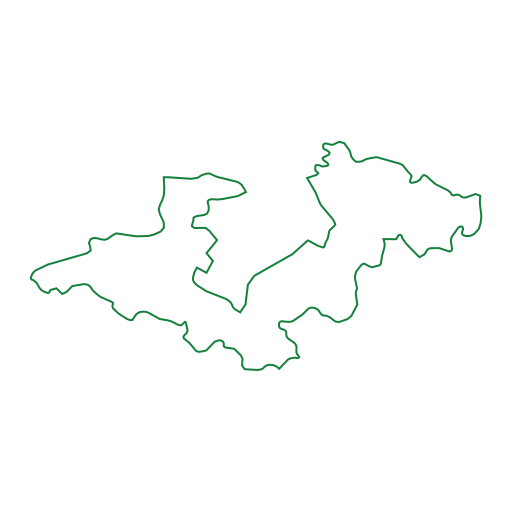 the County of Zagrebacka
{"feature_id": "HRV-1588", "entity_name": "Zagrebacka", "entity_type": "County", "adm_level": 1, "iso_a3": "HRV", "parent_name": "Croatia", "parent_adm1": "", "projection": "robinson", "projection_center": [16.033, 45.768], "detail": "fine", "context": "isolated", "style": "outline", "palette": "green", "viewbox_px": 512, "rotation_deg": 0, "n_neighbors": 0, "source": "natural_earth", "source_scale": "10m", "svg_char_len": 5071}
<svg xmlns="http://www.w3.org/2000/svg" viewBox="0 0 512 512"><path d="M124.5,234.6L136.2,236.3L148.3,236.0L154.4,234.4L160.7,231.5L163.9,227.7L163.7,222.2L160.0,214.4L158.7,209.5L160.0,204.9L162.2,200.3L163.8,195.5L164.3,189.1L163.8,177.2L169.2,177.3L191.2,178.8L197.6,177.8L201.7,175.2L207.0,173.5L209.5,173.5L211.3,174.2L213.9,175.6L217.9,177.1L237.3,181.9L239.7,183.2L241.6,184.8L244.6,189.4L245.9,192.1L237.8,196.1L221.6,199.2L217.1,199.5L211.4,199.2L208.9,199.9L207.7,201.3L207.9,203.2L208.5,205.5L208.8,208.3L208.5,210.9L206.9,213.7L204.4,214.9L196.7,216.1L194.5,217.0L193.6,217.7L193.4,218.9L193.4,220.2L191.8,225.9L192.5,226.7L194.4,228.0L205.6,227.9L209.5,231.0L217.0,240.1L213.6,244.5L206.5,253.1L212.9,261.0L206.5,272.8L196.9,267.6L194.4,272.4L193.3,276.2L193.0,278.4L193.1,280.2L193.7,281.5L194.0,282.2L195.3,283.6L197.6,285.6L206.3,291.2L225.6,298.8L227.7,300.0L229.5,301.3L230.9,302.8L231.8,304.4L232.5,306.2L233.5,307.9L234.8,309.2L240.2,312.3L245.5,304.4L247.9,284.7L254.3,275.8L292.5,254.1L307.7,240.5L308.8,240.8L317.6,245.6L323.0,247.5L323.8,247.2L324.5,246.1L325.4,242.9L327.5,238.8L327.7,238.4L328.4,235.7L329.0,232.1L329.3,231.2L329.8,230.2L334.6,225.6L335.3,224.6L334.6,222.4L332.7,219.1L321.4,205.6L319.7,202.8L315.5,192.3L307.1,178.0L316.3,175.0L317.3,174.2L318.2,173.2L318.0,172.8L317.5,172.3L315.9,171.0L315.4,170.1L315.2,168.9L315.3,166.6L315.7,165.7L316.0,165.1L316.6,165.1L317.6,165.1L318.9,165.2L320.2,165.6L322.0,166.4L323.0,166.4L324.4,166.3L327.4,165.7L328.3,165.0L328.3,164.1L327.4,163.0L326.6,162.2L323.7,160.4L323.2,159.6L322.6,158.1L323.7,157.2L328.4,155.0L329.4,153.7L329.5,152.6L328.6,151.6L327.7,150.9L326.6,150.2L324.8,149.5L323.9,148.8L323.2,147.6L323.1,145.3L323.9,144.0L325.1,143.5L326.5,143.5L331.0,144.7L332.2,144.8L333.3,144.6L337.6,142.5L338.9,142.1L339.3,142.0L339.9,142.0L344.2,143.1L349.1,150.0L350.0,151.6L351.3,156.5L352.3,158.0L353.4,159.5L355.2,161.1L356.0,161.7L358.1,161.8L361.7,161.4L366.8,158.9L376.4,157.1L399.3,163.5L402.6,165.0L407.7,171.4L410.2,174.0L410.9,174.8L411.4,175.7L411.5,176.6L411.2,177.5L410.5,179.4L409.9,181.7L410.7,182.5L412.5,182.8L416.7,181.8L418.9,180.4L420.1,179.6L421.1,177.8L421.7,176.8L422.6,175.9L423.4,175.2L424.6,175.2L426.4,176.1L434.3,183.2L436.1,184.5L448.1,190.5L450.0,192.1L451.2,193.6L451.7,194.8L452.5,195.3L453.7,195.4L456.4,194.7L458.3,194.7L460.8,196.0L462.1,197.1L464.1,197.6L466.4,197.3L475.6,194.0L480.2,195.8L479.9,199.8L479.9,203.6L481.3,215.7L481.2,218.1L480.6,223.0L479.0,228.6L474.5,233.7L472.2,235.1L469.5,236.0L465.5,236.0L463.1,235.1L462.0,233.6L462.2,231.8L462.9,229.9L463.0,228.0L462.1,226.6L460.4,226.5L458.3,227.6L451.6,237.1L450.9,239.8L451.1,243.0L452.1,248.9L451.3,250.8L449.4,251.5L439.2,248.1L430.3,248.2L427.7,249.3L424.4,254.4L419.4,257.2L406.0,243.5L402.4,238.3L401.7,235.9L400.8,235.1L399.7,234.8L398.9,235.1L398.3,235.5L398.0,236.0L396.6,238.6L396.1,239.2L383.5,239.1L384.3,242.1L384.6,243.8L384.6,245.5L384.3,247.8L382.1,255.7L380.9,263.4L380.7,264.0L380.0,264.9L378.8,265.5L372.8,267.1L371.8,267.1L369.7,266.5L364.3,263.7L362.8,263.9L361.2,265.1L356.2,271.6L355.4,274.3L354.9,278.0L357.0,288.3L355.7,293.2L357.3,304.6L351.4,315.9L347.3,319.2L338.8,322.1L335.5,321.5L332.8,319.7L330.7,317.8L328.3,316.5L326.3,315.7L323.1,315.4L321.8,314.8L320.7,313.6L318.2,309.8L315.0,308.1L312.6,307.6L310.8,307.7L308.8,308.4L307.7,309.3L302.6,314.4L293.6,320.6L291.3,321.6L288.3,321.9L281.6,321.2L280.0,321.9L279.1,323.2L279.0,325.1L279.3,327.1L280.1,328.2L281.3,328.8L284.0,329.7L285.5,330.7L286.2,332.0L286.3,334.8L286.6,336.4L287.4,337.7L288.5,338.8L293.9,342.5L295.7,344.5L296.5,346.6L296.4,352.3L296.9,353.9L298.0,355.1L298.6,355.9L299.2,357.0L298.7,357.7L297.8,358.0L293.9,357.7L290.0,358.5L287.9,359.6L279.2,368.8L276.3,366.4L274.9,365.7L272.6,365.0L269.4,364.8L267.0,365.2L264.7,366.7L262.2,369.0L257.8,370.0L244.7,369.2L242.1,365.6L242.3,360.9L242.5,359.5L242.4,358.3L240.6,355.1L234.2,348.8L225.6,347.5L224.7,347.0L223.6,346.0L223.8,344.8L223.7,343.4L223.4,342.2L222.4,341.2L221.0,340.6L219.2,340.2L214.7,341.7L206.3,350.4L202.3,351.4L199.0,351.8L197.3,351.5L196.0,350.8L190.1,343.7L188.4,342.1L183.9,338.5L183.4,336.7L184.4,335.1L186.1,333.7L187.2,332.0L187.5,330.0L185.9,322.7L185.5,322.1L184.9,321.9L181.8,324.8L181.0,325.3L179.5,325.2L177.6,324.6L174.0,322.6L171.0,321.3L167.9,320.4L159.7,319.0L148.2,312.6L146.3,312.0L143.8,311.6L140.2,312.0L138.0,313.0L136.4,314.3L135.3,315.5L132.4,320.0L130.0,320.1L126.7,318.8L118.5,313.5L113.1,308.4L112.5,307.0L112.4,306.0L112.7,304.8L113.0,303.5L112.9,302.7L111.3,301.7L100.7,297.0L97.4,294.6L92.8,290.4L90.4,286.8L88.9,285.5L87.3,284.6L84.3,284.1L72.4,286.0L66.7,291.8L62.2,294.0L57.1,289.0L56.2,288.3L55.0,288.8L51.2,289.7L49.8,290.7L49.4,292.3L48.1,293.1L44.1,291.7L41.3,290.0L39.7,288.1L36.6,282.9L33.6,280.3L31.3,279.4L30.7,277.8L31.0,277.0L32.6,273.3L35.3,270.6L47.9,264.5L56.4,262.1L86.9,253.3L87.1,253.1L90.7,250.6L90.2,247.0L89.0,242.9L90.5,239.3L93.9,237.9L97.4,238.3L100.9,239.3L104.5,239.8L107.6,238.9L113.4,234.7L116.4,233.4L124.5,234.6Z" fill="none" stroke="#15803d" stroke-width="2"/></svg>